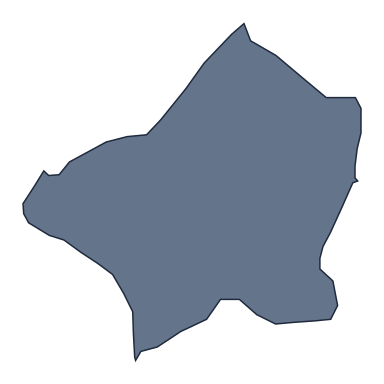 an SVG outline of Ilinden
{"feature_id": "MKD-2933", "entity_name": "Ilinden", "entity_type": "Statistical Region", "adm_level": 1, "iso_a3": "MKD", "parent_name": "North Macedonia", "parent_adm1": "", "projection": "equal_earth", "projection_center": [21.617, 41.98], "detail": "fine", "context": "isolated", "style": "filled", "palette": "slate", "viewbox_px": 384, "rotation_deg": 0, "n_neighbors": 0, "source": "natural_earth", "source_scale": "10m", "svg_char_len": 817}
<svg xmlns="http://www.w3.org/2000/svg" viewBox="0 0 384 384"><path d="M135.6,360.4L134.7,357.1L133.4,333.5L132.7,311.7L123.7,293.5L112.6,274.5L98.0,263.6L81.4,252.7L63.9,240.0L49.3,235.4L28.6,222.8L23.7,213.7L23.0,203.7L34.8,185.5L43.8,170.9L48.7,175.5L59.1,174.7L69.5,161.9L82.8,154.7L106.2,142.0L127.2,136.6L146.5,134.8L160.4,120.2L186.0,88.5L204.2,63.0L231.8,34.1L244.0,23.6L250.6,40.8L276.0,55.5L301.5,77.0L326.2,97.6L341.9,97.6L355.4,97.6L361.0,108.4L361.0,132.9L357.2,148.5L355.0,166.1L355.0,177.9L357.7,181.0L352.8,182.8L341.5,208.3L330.3,232.8L323.0,246.5L319.9,258.3L319.9,269.0L332.9,281.0L337.6,305.5L330.7,319.3L315.5,320.8L293.1,322.4L275.6,324.0L256.8,314.7L239.4,299.4L220.5,299.4L206.6,319.3L180.7,331.5L157.3,347.0L140.9,351.4L135.6,360.4Z" fill="#64748b" stroke="#1e293b" stroke-width="1.5"/></svg>